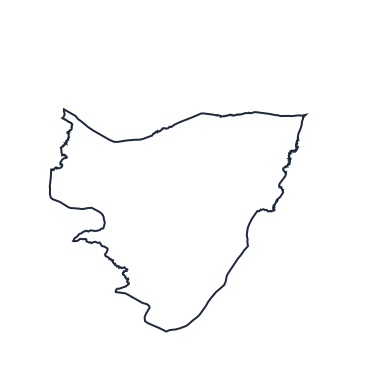 the district of Kut Khaopun, Ubon Ratchathani, Thailand, rotated 69°
{"feature_id": "78962969B96705611164937", "entity_name": "Kut Khaopun", "entity_type": "district", "adm_level": 2, "iso_a3": "THA", "parent_name": "Thailand", "parent_adm1": "Ubon Ratchathani", "projection": "equal_earth", "projection_center": [105.02, 15.832], "detail": "fine", "context": "isolated", "style": "outline", "palette": "slate", "viewbox_px": 384, "rotation_deg": 69, "n_neighbors": 0, "source": "geoboundaries", "source_scale": "gbopen_adm2", "svg_char_len": 6000}
<svg xmlns="http://www.w3.org/2000/svg" viewBox="0 0 384 384"><g transform="rotate(69 192 192)"><path d="M160.7,58.2L160.2,61.8L158.6,65.1L157.0,71.5L155.9,73.8L152.7,82.3L150.9,84.6L150.5,85.9L146.9,91.6L140.2,104.0L139.7,106.1L139.7,108.1L139.3,109.2L138.4,110.4L138.7,110.8L137.3,114.5L137.4,115.2L137.1,118.7L136.8,119.1L136.8,120.2L136.3,120.5L136.4,120.8L136.2,121.9L135.7,122.5L135.9,123.5L135.7,124.2L135.8,124.8L135.3,125.6L135.4,126.2L135.0,127.1L134.4,127.1L134.1,128.0L133.4,128.5L133.4,129.2L133.7,129.8L133.2,131.2L133.4,131.8L133.2,132.9L132.9,133.0L133.0,134.5L132.6,135.0L132.6,135.6L132.0,137.1L132.0,138.3L131.1,138.1L129.4,140.6L129.6,141.0L129.1,141.3L129.1,141.9L127.4,144.5L123.1,152.4L122.0,155.2L122.4,165.8L122.4,176.5L122.7,182.3L122.9,184.1L123.9,188.1L123.0,189.5L123.8,191.1L123.8,192.7L123.2,194.2L122.6,194.6L122.1,196.6L122.6,196.8L122.5,197.5L123.4,198.9L123.6,199.6L123.4,201.1L123.7,201.5L123.6,202.0L123.8,202.6L122.8,202.6L123.1,203.3L122.9,203.8L123.3,204.1L123.2,204.8L123.6,205.6L123.5,205.9L123.9,206.3L123.7,206.9L124.0,207.8L125.0,208.9L124.9,218.8L124.4,222.1L122.5,227.4L120.1,236.1L118.7,243.1L117.3,246.7L113.8,250.3L99.3,262.1L94.2,265.7L86.5,270.0L83.0,272.3L79.2,273.5L69.0,281.9L70.4,282.6L73.9,283.0L75.9,285.0L76.7,286.0L76.7,286.5L77.4,286.0L77.5,285.5L78.7,284.9L79.1,284.0L80.0,283.8L80.9,282.7L82.2,282.3L82.9,281.2L83.7,280.8L84.2,280.0L84.6,280.1L85.8,279.5L86.1,280.0L87.2,280.3L87.4,280.7L88.3,280.9L88.4,281.3L90.0,281.7L90.7,282.6L90.6,284.0L91.2,285.1L91.7,284.9L91.4,286.6L91.9,287.1L92.4,287.2L93.4,286.1L94.8,286.9L95.7,287.0L96.3,287.5L96.9,287.3L97.3,288.4L97.7,288.7L98.8,288.7L98.9,289.3L99.3,289.7L99.0,290.4L99.3,291.1L100.8,291.3L100.8,292.1L101.3,292.1L101.0,292.3L101.4,292.6L101.1,293.1L101.7,293.0L102.3,293.9L102.4,295.8L102.7,295.9L102.9,295.4L103.2,295.6L103.2,297.5L103.7,297.9L103.5,298.1L103.6,298.6L105.9,298.8L107.9,299.6L109.6,299.6L111.2,300.1L111.1,298.8L111.6,297.7L112.1,298.1L113.2,296.9L114.5,296.3L115.1,296.7L115.0,298.0L114.7,298.8L114.8,300.4L115.7,302.2L117.0,303.7L117.1,304.3L119.2,304.9L119.3,303.8L119.8,303.4L120.3,303.8L121.1,303.8L121.9,304.7L122.4,306.8L121.9,308.1L121.8,309.5L121.6,309.8L120.6,309.6L120.3,310.1L120.7,311.6L121.7,312.9L121.9,313.4L121.7,313.9L121.0,313.8L120.5,315.4L127.6,318.5L136.4,323.1L136.9,322.9L143.3,325.5L146.8,325.8L148.7,324.8L153.8,319.0L161.9,312.8L163.4,311.2L166.7,304.1L168.7,300.5L169.6,295.4L170.8,291.3L177.6,285.4L179.4,284.3L181.9,283.5L183.8,283.5L186.3,284.1L189.1,284.3L190.7,285.2L194.2,287.8L193.7,289.8L194.5,291.7L194.0,295.7L191.4,300.6L191.8,302.8L190.2,304.7L190.2,305.3L190.4,306.0L190.1,307.5L190.9,309.8L190.8,311.7L191.0,312.5L192.7,316.0L192.9,317.7L193.7,318.9L194.5,319.4L195.1,320.5L195.6,320.0L195.9,318.7L196.3,317.9L196.5,315.5L195.7,313.7L195.9,312.4L197.2,310.6L197.2,309.6L197.8,308.0L198.6,307.7L200.0,308.3L202.1,306.5L202.6,304.8L203.7,304.3L203.5,302.4L203.7,300.4L205.6,298.4L206.1,296.3L210.3,295.4L211.5,293.4L214.5,291.1L215.5,291.4L217.7,293.3L219.1,295.7L221.2,295.5L221.4,295.0L223.6,293.2L225.0,293.2L225.4,291.9L227.0,291.7L227.1,290.6L227.5,290.1L228.9,291.0L229.3,291.0L231.1,290.4L231.4,289.5L232.8,289.9L233.7,288.7L234.8,288.7L234.9,287.6L235.3,286.8L235.7,286.6L236.7,287.1L236.8,285.6L237.6,285.3L238.1,284.6L237.9,283.9L238.1,282.1L238.4,281.8L239.3,281.8L240.9,280.4L241.1,281.1L242.2,281.2L241.9,282.3L242.0,283.4L241.7,284.0L242.5,284.3L242.6,285.4L243.3,285.9L244.7,285.8L244.8,285.4L247.3,284.4L248.0,284.9L249.0,284.6L249.4,284.3L249.9,282.9L250.6,283.5L250.9,283.1L251.7,283.8L252.3,284.8L253.5,284.3L254.4,284.3L254.4,283.7L255.2,283.9L255.5,284.6L256.0,286.6L256.4,287.3L256.2,294.2L256.0,295.4L255.5,296.4L256.4,298.3L258.1,299.0L262.9,290.3L277.9,277.9L280.4,274.5L282.0,273.3L283.3,272.8L284.8,273.1L289.4,278.8L291.9,281.1L295.7,282.1L297.9,280.8L300.2,278.6L307.5,271.1L313.1,266.0L312.9,262.9L313.1,261.4L314.4,256.7L314.9,252.5L315.0,245.9L314.6,243.6L312.2,237.3L311.0,233.1L309.4,229.0L303.4,220.0L300.3,216.2L297.7,212.1L293.9,205.2L293.1,202.6L290.3,195.2L287.7,192.7L283.4,190.0L281.4,188.2L270.5,172.8L268.4,169.0L265.1,164.1L262.6,159.2L258.1,158.1L256.7,157.3L251.6,156.2L246.1,153.2L242.7,150.3L238.4,145.5L234.6,140.0L233.2,137.7L234.0,136.3L233.6,135.1L233.0,134.3L233.7,133.4L233.6,131.7L234.0,131.1L235.2,130.2L235.3,129.1L235.5,128.7L237.6,127.8L237.8,125.5L238.5,125.0L238.2,123.4L238.7,122.7L238.6,121.7L237.8,121.3L237.4,121.5L237.3,122.0L236.9,121.6L236.5,121.8L236.3,121.4L235.9,122.0L235.4,121.7L235.3,120.6L234.3,120.9L234.1,120.5L233.7,120.4L233.9,119.6L233.3,119.3L232.8,118.3L232.4,118.3L231.2,116.8L231.3,116.4L230.7,116.4L230.8,115.5L230.5,115.2L230.3,115.7L229.7,115.6L228.3,111.5L225.1,107.1L223.6,106.7L223.3,107.0L222.9,107.0L222.6,106.6L222.4,107.0L220.8,106.9L219.9,107.5L219.4,107.1L219.2,107.5L219.0,108.5L218.4,108.1L217.5,108.6L215.5,107.1L210.6,99.2L209.1,98.0L207.1,97.0L207.0,97.4L207.2,97.9L206.9,98.2L205.3,98.4L204.4,99.0L202.6,98.4L202.5,97.5L201.9,96.0L202.3,95.7L202.1,95.0L202.3,94.3L201.7,94.6L201.7,93.7L200.8,92.4L201.1,91.2L200.7,90.9L200.4,91.1L200.1,90.7L199.8,91.2L199.6,90.8L199.2,90.8L198.4,89.5L198.0,89.4L197.7,89.5L197.4,90.0L196.9,88.9L196.1,89.7L195.4,89.3L195.2,89.7L195.0,89.2L195.1,88.8L194.7,89.1L194.0,88.6L193.8,88.8L192.6,88.6L192.4,88.0L191.5,87.8L191.6,87.3L191.3,87.3L191.3,86.4L191.0,86.6L190.5,86.3L190.6,86.8L190.9,87.1L190.5,87.2L189.7,85.4L189.2,85.4L189.1,84.3L189.9,84.4L189.8,83.7L190.3,83.4L189.7,83.0L189.8,82.7L190.1,82.6L190.0,81.8L190.7,82.2L191.3,81.6L191.3,81.2L190.6,80.7L190.8,80.2L190.7,79.8L189.5,79.2L189.6,78.6L189.3,78.5L189.2,78.8L188.9,78.6L188.7,78.9L188.1,78.4L188.2,77.8L187.9,78.0L187.7,77.6L187.3,78.4L187.1,78.3L186.9,78.6L185.6,78.2L185.6,77.5L185.0,77.4L184.8,76.9L184.4,77.4L183.8,77.0L183.8,76.4L182.4,76.1L182.0,74.7L181.5,75.3L180.0,73.6L179.2,73.8L175.9,71.9L171.1,67.4L168.1,65.2L166.1,64.4L163.4,62.1L162.2,61.6L160.7,58.2Z" fill="none" stroke="#1e293b" stroke-width="2"/></g></svg>